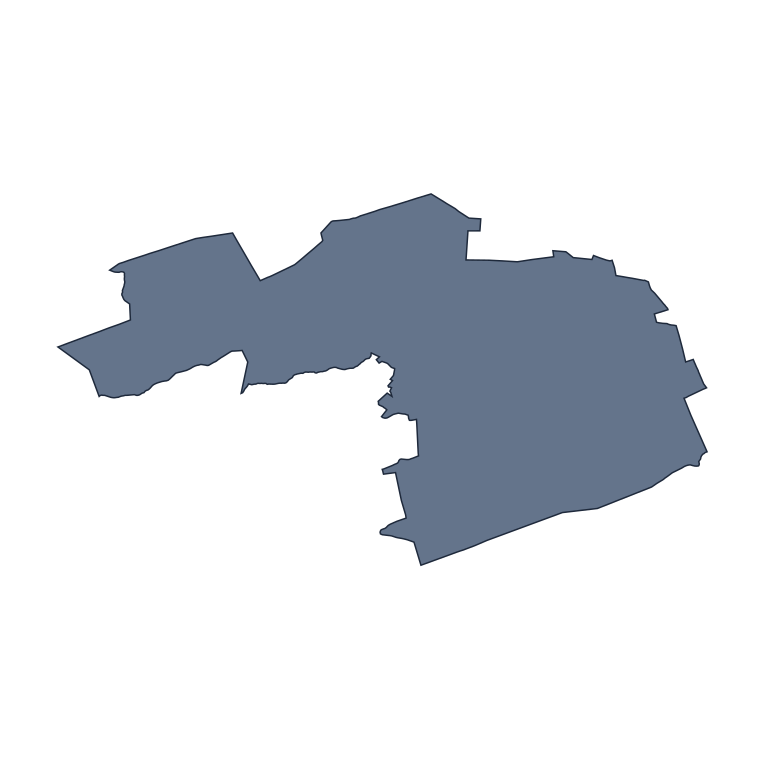 outline of Ol Jorok, Central, Kenya, rotated 84°
{"feature_id": "3690345B69894021790140", "entity_name": "Ol Jorok", "entity_type": "district", "adm_level": 2, "iso_a3": "KEN", "parent_name": "Kenya", "parent_adm1": "Central", "projection": "orthographic", "projection_center": [36.31, -0.178], "detail": "fine", "context": "isolated", "style": "filled", "palette": "slate", "viewbox_px": 768, "rotation_deg": 84, "n_neighbors": 0, "source": "geoboundaries", "source_scale": "gbopen_adm2", "svg_char_len": 6108}
<svg xmlns="http://www.w3.org/2000/svg" viewBox="0 0 768 768"><g transform="rotate(84 384 384)"><path d="M230.8,608.1L234.3,624.7L234.6,626.0L235.7,630.4L236.5,634.4L237.0,635.7L237.7,636.9L242.1,644.9L243.3,642.7L244.1,641.1L244.6,639.8L245.0,637.4L245.2,635.9L244.8,633.8L245.2,632.0L245.8,630.9L247.0,630.5L248.4,630.8L250.1,630.8L251.9,631.2L253.4,631.3L255.2,631.1L256.6,631.4L257.9,631.9L259.4,632.3L263.7,634.4L265.4,634.4L266.7,635.2L268.1,635.4L269.4,634.9L270.9,634.5L272.6,633.9L274.0,633.0L277.8,628.6L293.8,629.5L297.0,641.3L299.4,651.4L300.8,656.7L302.0,661.1L304.8,672.3L310.2,693.3L313.1,704.4L339.1,675.6L366.6,668.6L365.8,667.5L365.5,666.0L365.9,664.7L366.1,662.9L368.6,657.3L369.0,656.1L369.3,654.8L369.5,653.3L369.4,651.3L369.4,649.5L369.0,648.2L368.6,646.5L368.5,644.2L368.2,642.6L368.4,640.8L368.5,633.3L369.1,632.1L369.5,631.0L369.5,629.8L369.2,628.2L367.8,625.5L367.5,623.6L366.3,622.5L365.6,621.1L365.2,619.2L364.3,617.8L363.5,616.8L361.7,614.9L360.6,613.3L359.8,611.2L359.2,609.2L358.3,604.6L358.2,603.1L358.1,601.8L358.1,600.1L357.7,598.2L356.6,596.5L355.4,595.0L354.1,593.4L353.3,592.3L352.3,591.1L351.5,590.0L351.2,588.6L350.6,584.0L349.8,578.9L348.7,575.7L348.1,574.3L347.4,572.9L346.8,571.4L346.4,570.2L346.1,569.0L345.9,567.8L345.8,566.2L345.4,564.4L345.6,563.1L346.0,561.7L346.6,559.4L347.1,558.0L347.1,556.5L346.3,554.7L345.3,552.5L344.5,550.6L344.1,549.2L343.5,548.0L342.8,547.0L342.1,545.7L340.7,543.2L340.1,541.8L338.5,538.5L337.0,535.5L336.4,534.3L335.8,533.0L335.4,531.7L335.5,530.4L335.6,528.6L335.8,523.5L335.8,521.6L347.9,517.2L378.4,527.1L377.9,525.5L376.4,524.2L374.9,523.3L374.0,522.5L372.9,521.2L371.3,519.7L369.8,518.8L370.2,517.5L370.9,515.6L370.6,513.0L370.7,511.3L370.2,510.0L370.2,508.7L370.5,507.3L370.5,505.8L370.9,504.1L370.9,502.6L371.1,501.3L372.1,500.2L372.0,498.6L372.6,494.3L372.7,492.6L372.3,488.8L372.3,487.3L372.5,486.1L372.5,484.4L372.8,482.7L372.6,481.4L371.5,479.8L370.0,478.5L368.0,474.5L366.3,473.3L365.5,472.0L365.3,470.6L365.0,469.4L364.6,465.4L364.9,463.5L364.2,462.2L363.9,460.7L364.1,459.4L364.4,457.9L364.3,456.5L364.6,454.5L364.7,452.3L365.7,451.3L366.0,449.9L365.4,448.3L365.3,447.1L365.1,445.8L365.3,443.9L365.0,442.2L364.9,440.6L364.3,439.1L363.7,438.0L363.1,437.0L362.7,435.4L362.4,433.6L362.2,431.9L362.5,429.8L363.3,428.5L364.3,426.0L364.8,424.6L365.3,423.0L365.5,421.2L365.1,419.3L364.9,417.3L364.8,416.1L365.0,414.4L365.0,412.8L363.7,410.3L363.5,409.0L362.8,407.8L362.0,406.8L361.4,405.7L360.6,404.9L360.0,403.9L359.4,402.5L358.7,401.5L357.7,400.3L357.1,398.9L357.0,397.5L356.9,396.1L355.8,395.0L354.6,394.0L353.1,393.8L351.8,393.4L356.5,385.7L359.0,389.1L362.7,386.7L361.3,383.7L363.3,379.4L364.0,378.3L366.5,376.3L367.8,375.3L368.6,374.3L369.7,371.8L371.3,372.1L376.5,373.7L380.0,377.3L381.5,375.2L386.2,380.2L387.5,379.8L387.7,378.4L388.5,376.9L391.7,378.9L392.9,378.2L397.1,377.4L393.4,381.8L400.6,391.6L402.1,391.4L403.5,391.6L404.5,390.9L405.2,389.6L406.4,387.5L407.4,386.6L408.4,385.3L410.0,383.9L416.2,389.9L417.3,388.7L418.1,386.6L418.1,384.7L417.6,383.3L415.3,378.1L415.0,376.6L414.5,372.8L415.4,369.6L415.8,368.1L416.1,366.3L416.9,364.7L417.5,363.3L419.0,363.1L420.8,363.1L422.8,362.5L423.0,360.8L422.9,359.1L422.6,355.4L427.9,355.6L456.3,357.2L459.1,357.2L460.8,363.2L461.1,364.8L461.6,366.3L461.7,367.8L461.5,369.4L461.2,370.9L460.4,374.8L460.7,376.1L461.7,377.2L462.8,377.7L464.0,378.7L464.7,380.6L465.0,381.8L465.9,384.2L468.5,393.3L468.7,394.7L470.5,394.3L472.4,394.1L473.6,393.9L473.3,381.8L501.6,378.9L516.2,376.2L519.6,376.0L520.0,377.4L520.3,378.7L520.6,380.1L520.9,381.4L521.2,382.6L521.9,385.6L522.4,387.1L522.9,388.8L523.4,390.2L523.8,391.6L524.5,393.4L525.1,394.6L526.0,395.7L526.9,396.7L527.7,398.1L528.2,400.3L528.7,402.0L529.6,402.8L530.9,403.4L532.7,403.2L533.7,401.5L535.1,395.4L535.4,393.9L535.9,392.2L537.8,388.0L538.4,386.2L539.4,382.6L540.2,380.2L540.8,378.6L541.4,377.0L544.4,370.7L568.1,366.2L558.9,329.5L558.5,327.7L558.0,325.6L557.3,322.1L556.8,320.4L554.2,310.5L550.3,297.9L530.5,220.0L530.1,184.8L514.4,128.6L511.4,123.1L510.5,121.2L509.8,119.7L508.6,117.1L507.9,115.8L507.1,114.7L505.4,111.6L504.4,109.9L502.6,106.9L502.1,105.8L501.5,104.1L500.2,100.6L498.7,96.6L497.5,94.1L496.9,92.3L496.5,90.3L496.4,88.0L497.4,85.5L498.1,83.4L498.4,81.3L498.3,79.7L497.3,79.0L495.9,78.8L494.1,79.1L492.7,77.9L491.7,77.0L489.9,76.5L488.6,75.7L487.2,74.4L486.6,73.0L485.7,71.8L485.2,69.8L480.8,71.2L447.1,82.1L429.5,87.1L429.0,84.8L427.9,82.4L427.3,80.6L422.5,67.0L422.1,65.4L421.5,63.6L417.3,66.1L415.9,66.5L414.4,67.0L413.0,67.4L410.7,68.1L408.9,68.7L407.4,69.1L406.2,69.5L405.0,69.9L403.4,70.2L401.7,70.8L399.2,71.7L398.1,72.0L396.2,72.6L394.7,73.1L391.9,73.9L392.8,77.8L393.6,81.7L380.4,83.4L366.7,85.5L356.5,87.4L355.9,89.4L355.3,92.3L354.9,93.5L354.2,95.1L353.5,96.2L352.8,100.5L352.3,102.4L352.0,103.8L351.1,106.5L342.6,107.8L339.8,93.8L338.5,94.1L336.1,95.8L335.0,96.4L334.0,97.2L332.6,98.2L331.3,99.0L322.0,105.3L320.1,106.9L318.5,108.3L316.1,109.2L314.9,109.5L313.6,109.8L311.8,110.1L310.1,110.4L308.1,113.9L308.1,115.1L304.8,126.1L303.7,130.2L302.2,135.4L300.4,142.0L292.5,142.6L284.8,144.2L285.2,146.4L284.1,149.7L283.6,150.8L280.8,156.9L278.1,162.2L281.9,164.2L281.2,167.6L278.8,179.1L278.1,182.6L273.9,186.8L271.5,189.3L269.1,202.1L275.2,201.9L275.7,223.6L276.4,238.6L273.9,253.7L271.9,266.5L269.2,289.5L264.2,288.6L240.5,284.5L241.7,272.6L229.9,270.5L227.9,282.2L220.3,291.6L217.0,294.9L210.9,303.1L209.9,304.3L199.9,317.3L202.6,331.4L205.6,345.9L208.4,360.5L210.1,370.2L211.3,375.0L214.1,388.6L214.3,389.8L214.7,390.9L215.5,393.3L216.0,395.2L215.9,397.2L216.3,399.7L216.7,401.0L216.7,402.2L216.7,410.9L216.6,415.4L216.5,417.7L217.0,419.4L218.0,420.6L227.2,430.9L229.2,430.7L234.7,429.9L235.9,430.8L238.5,434.7L241.5,438.9L245.3,444.5L246.1,445.7L248.3,448.9L250.3,451.8L255.0,458.8L256.0,460.4L257.8,465.3L264.5,484.0L265.4,486.8L265.7,488.2L268.3,496.3L264.7,497.9L252.0,503.7L239.6,509.2L226.9,514.9L218.0,518.8L219.0,540.0L219.3,548.6L219.7,556.1L221.9,566.4L223.9,575.8L225.8,584.7L227.8,593.8L229.7,603.4L230.8,608.1Z" fill="#64748b" stroke="#1e293b" stroke-width="1.5"/></g></svg>